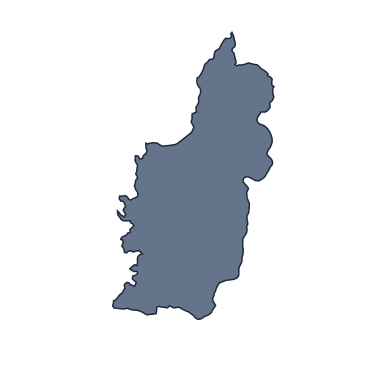 Rio Real, Bahia, Brazil, rotated 237°
{"feature_id": "56859067B99431528151864", "entity_name": "Rio Real", "entity_type": "district", "adm_level": 2, "iso_a3": "BRA", "parent_name": "Brazil", "parent_adm1": "Bahia", "projection": "mercator", "projection_center": [-37.904, -11.54], "detail": "fine", "context": "isolated", "style": "filled", "palette": "slate", "viewbox_px": 384, "rotation_deg": 237, "n_neighbors": 0, "source": "geoboundaries", "source_scale": "gbopen_adm2", "svg_char_len": 4427}
<svg xmlns="http://www.w3.org/2000/svg" viewBox="0 0 384 384"><g transform="rotate(237 192 192)"><path d="M237.7,154.6L235.3,154.6L233.4,153.9L232.3,150.9L229.8,148.8L228.5,147.0L226.6,146.7L224.4,146.0L222.0,146.4L220.1,145.5L218.3,144.7L217.9,142.6L218.2,140.6L218.6,138.5L218.6,136.2L220.4,134.9L222.8,135.2L225.4,134.0L226.4,131.4L228.0,129.2L226.3,127.3L223.2,127.3L221.6,129.2L219.7,129.3L217.7,128.7L215.7,128.4L215.5,126.4L214.1,124.3L211.4,124.4L209.0,123.9L208.1,121.6L210.1,120.6L211.9,119.7L214.4,119.7L216.7,119.2L214.6,117.9L212.6,117.4L209.7,117.6L207.1,117.7L205.2,118.9L203.9,120.7L202.7,122.5L201.5,124.6L199.7,123.7L197.9,124.8L195.7,125.1L194.7,122.1L194.3,119.4L191.7,118.2L192.6,115.6L191.5,113.6L192.1,111.1L192.2,108.1L191.0,106.4L189.3,107.7L186.9,106.6L185.1,103.8L182.5,103.9L180.4,103.5L178.3,102.4L176.6,103.9L177.0,106.2L176.1,108.7L173.6,110.0L173.0,112.5L171.7,115.6L169.4,116.1L167.1,116.6L167.8,114.3L167.6,112.5L166.6,110.5L163.6,108.5L161.5,107.1L160.3,105.7L162.3,104.3L162.1,101.0L161.4,98.0L159.1,98.7L156.7,100.3L155.3,102.7L153.0,101.8L153.0,99.4L153.8,96.5L151.8,94.7L149.2,95.1L146.7,96.2L145.5,94.5L144.1,92.6L146.2,91.1L147.9,89.9L149.8,89.8L151.7,88.2L151.2,84.8L149.0,83.8L147.5,82.8L146.5,80.3L145.3,78.9L145.4,77.0L144.9,74.5L143.8,71.5L143.0,69.0L143.6,67.0L141.6,65.6L139.7,63.5L137.5,63.3L135.7,65.4L133.7,67.6L132.3,69.4L130.8,71.5L129.7,74.6L127.5,76.0L125.6,77.8L124.0,79.9L122.8,81.5L120.5,83.4L118.2,84.9L115.5,86.2L113.6,87.3L112.7,89.0L111.4,91.7L109.5,95.6L111.5,97.4L114.6,99.8L114.1,101.9L112.3,103.7L111.1,105.1L109.5,106.8L108.1,108.5L108.9,111.1L104.8,113.5L103.6,115.9L102.8,118.1L100.3,119.5L98.2,120.6L96.6,121.6L95.0,122.5L93.2,124.0L90.2,124.9L87.4,126.1L84.4,126.3L81.8,127.7L80.6,130.7L80.8,132.8L80.6,135.2L79.9,139.0L80.3,142.6L81.6,144.6L82.8,147.3L83.9,150.0L87.5,150.2L89.7,150.3L91.7,151.6L93.1,154.0L94.9,155.5L95.8,157.3L97.6,159.5L99.2,162.0L100.9,165.4L100.1,168.9L99.2,172.9L98.0,175.3L96.9,177.5L96.1,179.5L95.4,182.1L96.0,185.0L97.8,186.7L99.9,188.0L101.6,189.1L103.3,190.7L104.6,192.9L105.9,195.1L107.5,196.7L109.5,197.9L111.2,200.0L114.1,202.5L116.7,204.1L118.6,204.8L121.0,206.3L123.0,207.7L125.4,209.6L126.5,212.4L128.2,215.7L129.8,217.2L131.6,218.3L133.3,218.9L134.4,221.0L136.4,222.3L138.4,222.9L140.1,223.8L142.4,225.4L143.4,227.8L146.4,230.3L149.5,232.8L151.1,233.8L153.8,234.4L157.2,235.0L160.0,236.6L162.1,237.8L163.1,239.9L164.5,241.4L167.6,241.2L170.4,240.6L172.6,240.6L174.3,241.4L175.4,243.1L175.3,245.4L173.8,247.7L169.2,250.2L166.7,251.7L164.9,254.3L164.7,257.8L164.9,260.2L165.4,262.0L166.5,263.9L167.4,265.9L168.6,268.4L170.4,271.5L171.1,274.0L172.7,275.6L174.5,276.3L176.3,276.4L178.4,276.1L180.4,275.5L183.2,275.4L185.4,278.3L186.6,281.4L188.2,284.0L190.3,286.5L192.0,287.6L194.4,288.7L197.2,289.4L199.7,289.8L202.0,289.9L204.8,289.7L207.9,288.8L210.4,287.2L212.1,285.8L214.2,285.1L216.6,285.4L218.5,286.9L221.5,293.7L219.4,296.5L219.0,298.4L219.3,300.5L220.3,303.5L222.0,304.5L224.3,305.7L225.0,309.2L226.9,312.2L231.4,313.8L235.0,316.3L235.7,318.2L238.2,317.2L240.6,318.6L243.0,320.7L245.8,320.4L248.6,318.6L249.5,320.1L252.6,319.5L254.8,318.7L256.4,317.8L258.7,316.9L261.0,316.6L263.2,315.9L264.7,314.1L269.5,309.6L270.2,306.3L271.6,302.5L273.0,300.6L273.4,298.2L275.6,297.4L276.4,299.5L285.4,302.7L288.7,302.4L290.3,304.1L290.7,307.3L293.1,309.3L296.6,310.4L298.9,311.4L301.0,312.0L304.1,312.4L303.4,310.5L300.6,309.8L300.3,307.5L301.0,305.5L302.5,304.4L302.1,302.0L300.7,298.9L299.1,295.8L297.3,293.0L297.6,289.9L297.2,287.6L295.7,286.0L293.9,284.5L292.2,282.8L292.7,280.6L293.6,278.7L292.5,275.8L292.1,272.4L290.0,269.6L288.4,268.0L287.5,266.3L285.8,263.3L284.7,260.7L285.0,258.7L282.4,256.4L279.4,255.2L276.8,254.9L275.0,255.3L272.3,254.5L270.4,253.1L269.0,251.0L267.7,248.8L265.1,247.6L263.2,245.9L261.8,243.6L261.0,241.7L259.1,240.4L256.6,239.3L257.1,237.2L257.4,234.6L255.1,233.0L252.8,231.5L251.5,229.6L248.8,229.2L245.4,228.9L243.9,226.8L242.3,224.0L242.0,221.7L241.5,216.3L240.8,208.7L240.6,205.6L241.1,203.4L242.0,201.3L243.0,199.1L244.3,196.6L245.2,194.7L246.5,192.1L249.5,190.5L252.2,189.3L254.5,186.2L256.0,182.9L256.4,181.0L258.1,179.9L255.9,178.5L253.8,177.4L251.4,176.9L249.5,174.7L249.3,172.7L248.8,170.8L247.1,168.6L248.2,166.2L251.6,166.4L253.2,164.2L251.3,162.9L249.2,161.3L246.8,161.0L244.1,160.9L241.5,158.6L239.2,156.5L237.7,154.6Z" fill="#64748b" stroke="#1e293b" stroke-width="1.5"/></g></svg>